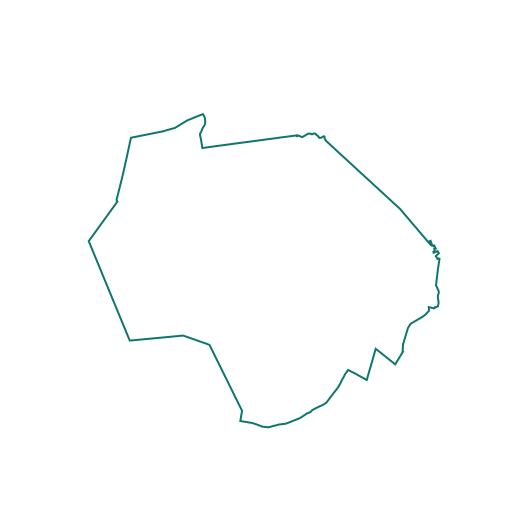 Milpa Alta, Distrito Federal, Mexico (orthographic projection), rotated 55°
{"feature_id": "50627088B10740094064214", "entity_name": "Milpa Alta", "entity_type": "district", "adm_level": 2, "iso_a3": "MEX", "parent_name": "Mexico", "parent_adm1": "Distrito Federal", "projection": "orthographic", "projection_center": [-99.043, 19.138], "detail": "fine", "context": "isolated", "style": "outline", "palette": "teal", "viewbox_px": 512, "rotation_deg": 55, "n_neighbors": 0, "source": "geoboundaries", "source_scale": "gbopen_adm2", "svg_char_len": 5396}
<svg xmlns="http://www.w3.org/2000/svg" viewBox="0 0 512 512"><g transform="rotate(55 256 256)"><path d="M398.8,133.1L398.7,133.0L398.2,132.8L397.7,132.6L397.3,132.4L396.8,132.0L396.6,131.9L394.8,131.1L394.4,130.9L394.1,130.7L393.7,130.4L393.3,130.1L392.9,129.8L392.6,129.5L391.9,128.7L391.6,128.2L391.4,127.9L391.1,127.6L390.7,127.1L389.5,126.5L389.3,126.5L388.5,126.3L388.4,126.3L383.8,125.4L383.4,125.5L376.6,119.4L373.6,116.7L371.3,114.7L367.3,110.9L363.6,107.3L362.8,107.7L362.5,109.0L361.5,108.9L360.5,108.9L360.4,108.8L359.8,108.8L359.3,108.8L359.0,107.3L358.9,106.6L358.9,106.1L358.8,105.6L358.8,105.4L358.7,105.1L358.6,104.8L358.5,104.5L357.8,104.6L357.4,104.5L356.1,104.4L355.8,106.2L355.8,106.6L355.2,108.6L354.7,108.4L354.3,108.3L354.3,108.2L354.6,107.2L354.3,106.8L354.2,106.7L353.8,106.4L353.2,106.3L352.5,106.1L352.6,105.0L352.9,104.8L353.0,104.5L351.5,104.4L350.3,104.1L350.1,104.7L349.2,104.3L349.0,104.8L348.7,105.7L347.3,105.3L344.9,104.7L343.7,104.3L343.5,105.2L348.3,106.3L346.1,106.6L345.8,106.7L345.1,106.7L343.7,106.9L342.1,107.0L341.4,107.1L340.7,107.2L339.3,107.3L339.2,107.3L337.1,107.5L336.4,107.6L334.9,107.7L334.3,107.8L331.8,108.0L329.9,108.2L329.2,108.3L328.5,108.3L328.2,108.4L327.5,108.4L324.3,108.7L324.2,108.7L323.1,108.8L322.7,108.9L320.5,109.1L320.1,109.1L319.4,109.2L317.1,109.4L316.5,109.5L314.6,109.6L313.7,109.7L312.2,109.9L311.7,109.9L308.5,110.2L308.0,110.3L306.5,110.4L300.2,111.0L295.9,111.9L294.0,112.3L292.2,112.8L291.3,113.0L290.5,113.1L290.3,113.2L289.8,113.3L289.4,113.4L288.4,113.6L287.7,113.7L284.4,114.5L282.8,114.8L281.7,115.1L281.1,115.2L280.6,115.3L280.1,115.4L279.7,115.5L275.9,116.3L273.9,116.8L272.0,117.2L271.3,117.3L269.9,117.6L264.8,118.8L263.6,119.0L262.4,119.3L259.0,120.0L258.4,120.2L257.8,120.3L255.5,120.8L253.9,121.2L252.3,121.5L251.7,121.6L247.5,122.6L245.7,123.0L243.3,123.5L242.5,123.7L240.9,124.0L240.2,124.2L238.1,124.6L234.9,125.3L232.9,125.8L230.9,126.2L227.3,127.0L225.8,127.3L224.3,127.7L224.1,127.7L223.6,127.8L223.0,128.0L222.7,128.0L221.6,128.3L220.5,128.5L220.0,128.6L219.2,128.8L218.5,129.0L217.5,129.2L216.6,129.4L215.7,129.6L214.6,129.8L213.6,130.0L210.5,130.7L207.5,131.4L207.0,131.4L206.2,131.6L203.5,132.2L203.2,132.3L201.9,132.5L200.8,132.5L199.9,132.5L199.5,132.5L199.2,132.4L198.7,132.2L198.2,131.8L197.9,131.6L197.6,131.4L197.3,131.5L197.2,131.5L196.9,131.8L196.7,132.0L196.5,133.9L196.5,134.5L196.5,134.8L196.4,135.0L196.2,135.3L195.7,136.1L195.5,136.4L195.4,136.5L195.1,136.5L194.8,136.5L194.6,136.4L194.3,136.4L194.2,136.3L193.9,136.3L193.6,136.3L193.4,136.4L193.2,136.4L191.9,136.9L191.6,137.0L191.4,137.0L191.2,137.1L190.5,137.1L190.4,137.1L190.2,137.1L189.9,137.2L189.8,137.3L189.7,137.3L189.6,137.5L188.9,138.3L188.8,138.5L188.7,138.7L188.6,138.9L188.6,139.1L188.6,139.9L188.5,140.1L188.5,140.3L188.4,140.4L188.3,140.5L188.2,140.6L187.7,140.8L187.4,141.0L187.2,141.1L187.1,141.3L186.1,142.5L185.9,142.7L185.8,142.8L185.8,143.0L185.7,143.2L185.7,143.5L185.6,143.9L185.6,144.5L185.5,145.2L185.5,146.5L185.4,147.1L185.3,147.9L185.3,148.3L185.2,149.2L185.2,149.6L185.0,149.9L184.8,150.2L184.4,150.5L183.7,151.0L183.4,151.1L182.1,151.9L182.0,152.0L181.9,152.1L181.1,152.6L180.9,152.9L180.9,153.1L180.9,153.3L181.0,153.4L181.1,153.5L181.3,153.6L181.2,153.7L181.2,153.8L181.1,154.0L180.3,153.9L180.2,154.3L179.5,155.5L172.2,169.5L170.3,173.3L170.0,173.8L168.9,175.9L168.4,176.9L167.2,179.2L158.8,195.4L158.0,196.9L140.2,231.3L138.7,234.3L136.8,238.0L129.1,234.3L128.2,233.9L127.0,233.3L126.3,233.2L125.6,232.8L125.0,232.5L124.6,232.3L124.0,231.9L123.5,231.4L123.3,230.7L122.8,229.6L122.2,228.7L121.7,228.0L121.4,227.6L121.0,226.9L120.6,226.2L120.2,225.3L119.9,224.6L119.8,224.1L119.5,223.5L119.1,222.8L118.8,222.3L118.3,221.9L117.9,221.4L117.5,220.9L117.0,220.6L116.8,220.5L115.9,220.0L114.9,219.4L114.2,219.0L113.8,218.8L113.1,218.6L112.5,218.4L111.5,218.3L110.7,218.2L109.3,218.1L109.1,218.9L105.8,233.2L105.5,234.3L104.6,248.9L102.2,255.7L100.6,260.5L87.4,290.6L101.0,305.3L113.7,319.2L130.2,338.2L132.0,338.4L132.2,339.1L147.9,384.5L180.3,391.7L181.4,392.0L249.2,407.1L252.9,407.9L257.9,399.1L270.6,376.8L279.4,361.3L300.2,346.4L302.2,345.1L374.8,356.2L376.8,358.2L382.2,363.5L390.6,354.9L394.3,352.1L399.3,348.8L403.4,344.2L407.3,333.7L410.5,327.7L414.0,313.0L414.2,304.9L414.6,303.2L414.7,302.6L415.1,301.1L414.6,299.0L414.6,298.7L414.6,297.2L414.8,295.7L414.9,295.0L415.6,290.5L415.7,289.9L416.3,287.0L416.5,282.4L416.0,281.0L414.9,277.5L414.5,276.5L413.2,272.3L411.8,267.7L411.7,267.3L411.1,265.6L410.8,264.3L410.1,263.0L409.9,262.5L409.8,262.2L409.6,261.8L409.4,261.4L408.9,260.2L408.7,259.9L408.5,259.6L408.3,259.2L407.9,258.4L407.4,257.7L406.9,256.8L406.5,256.0L406.3,255.6L405.1,252.9L404.4,251.9L403.7,250.2L403.4,249.4L403.0,248.2L402.2,246.0L407.6,243.0L408.3,242.6L412.7,240.5L413.3,240.2L421.1,236.4L415.2,229.1L414.9,228.8L413.3,226.8L412.7,226.0L412.5,225.7L411.6,224.6L410.7,223.6L409.3,221.8L408.2,220.4L407.5,219.6L406.5,218.4L405.1,216.6L404.1,215.4L400.7,211.2L403.5,210.3L424.6,204.1L420.6,194.9L418.6,190.3L418.0,190.5L412.7,186.2L402.2,172.9L400.2,168.3L401.3,154.5L401.2,151.1L400.3,146.4L400.2,145.9L400.1,145.7L397.0,143.8L398.7,142.2L399.7,141.3L400.4,140.6L400.6,140.5L400.9,140.4L401.0,139.8L401.0,139.1L400.6,138.6L401.2,138.1L401.2,137.6L401.5,136.2L401.5,135.8L401.5,135.7L400.2,134.4L399.0,133.2L398.8,133.1Z" fill="none" stroke="#0f766e" stroke-width="2"/></g></svg>